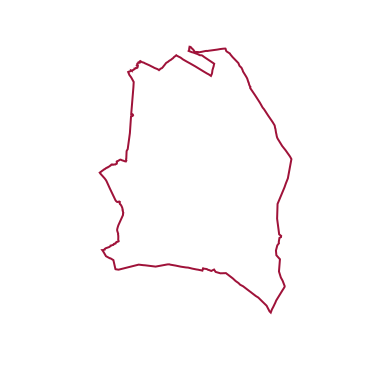 the district of Flå nor, Buskerud, Norway, rotated 249°
{"feature_id": "86288312B73826406337019", "entity_name": "Flå nor", "entity_type": "district", "adm_level": 2, "iso_a3": "NOR", "parent_name": "Norway", "parent_adm1": "Buskerud", "projection": "albers", "projection_center": [9.702, 60.434], "detail": "fine", "context": "isolated", "style": "outline", "palette": "rose", "viewbox_px": 384, "rotation_deg": 249, "n_neighbors": 0, "source": "geoboundaries", "source_scale": "gbopen_adm2", "svg_char_len": 5715}
<svg xmlns="http://www.w3.org/2000/svg" viewBox="0 0 384 384"><g transform="rotate(249 192 192)"><path d="M169.9,87.4L168.4,87.8L162.9,88.7L159.6,91.5L159.3,92.1L156.6,94.2L147.6,92.9L147.4,92.9L147.2,93.1L145.8,95.6L143.3,116.2L141.1,120.4L140.4,121.9L135.4,131.3L133.2,143.1L132.6,144.9L132.0,145.6L129.2,150.3L126.3,154.8L123.8,159.2L122.8,161.3L121.5,163.2L121.3,163.5L120.5,164.6L118.1,168.4L117.2,170.0L116.5,171.0L116.0,171.9L114.9,173.5L116.6,174.8L116.3,175.1L116.5,175.3L116.2,175.6L115.1,177.6L114.6,178.3L113.6,179.1L113.3,179.5L113.0,180.0L111.4,181.7L111.7,184.8L109.0,185.4L108.7,185.7L105.9,189.4L104.1,194.6L96.6,199.2L93.3,200.8L90.3,202.8L88.2,203.7L85.7,205.9L72.0,214.3L69.8,216.0L59.1,220.9L52.8,221.6L51.2,222.3L53.7,224.5L55.6,226.7L58.9,230.2L60.5,231.7L67.7,241.1L68.8,242.6L70.2,244.4L70.9,244.8L76.6,244.8L80.4,244.3L86.6,244.7L97.7,250.0L102.7,248.1L107.3,249.4L111.6,252.5L113.0,254.8L114.1,255.0L117.8,257.2L118.0,258.9L119.1,259.5L121.2,258.2L136.6,261.9L150.2,267.6L163.3,280.1L166.5,282.8L170.4,286.4L187.1,296.6L190.0,296.2L197.5,294.3L202.5,292.7L211.0,291.1L212.4,291.0L214.3,291.2L215.1,291.4L217.3,291.7L221.0,292.5L221.7,292.5L224.5,293.0L228.0,292.4L236.0,290.5L243.5,288.9L245.5,288.2L251.0,287.4L260.0,285.5L268.1,283.6L268.5,283.6L269.2,284.2L270.2,283.9L271.1,283.9L271.4,283.8L273.0,284.0L273.8,284.1L274.0,284.0L274.3,284.1L274.5,284.0L278.2,284.2L280.4,283.9L286.2,282.8L287.8,282.9L290.3,282.7L291.4,282.2L292.6,281.6L294.1,281.5L295.7,281.5L303.5,278.2L306.8,277.1L307.7,277.0L310.5,274.9L311.3,274.5L312.5,274.5L313.2,274.7L313.9,274.6L314.5,272.9L314.9,271.3L315.3,269.7L315.9,266.6L317.5,259.8L317.7,259.1L318.2,256.7L318.3,256.5L318.4,256.4L318.5,256.2L318.8,255.1L319.5,250.7L319.9,248.7L320.4,248.0L320.8,247.1L321.2,246.2L321.2,245.8L321.2,245.7L321.5,245.2L322.7,244.5L323.3,244.5L324.9,244.0L325.1,243.8L326.5,243.2L327.5,242.9L328.3,242.2L328.5,241.8L327.6,241.4L327.3,240.9L326.5,240.8L325.9,240.3L325.5,240.2L325.3,239.7L324.9,239.4L322.4,242.2L321.9,243.0L319.8,245.4L318.7,246.7L317.0,248.2L316.5,249.2L316.2,249.9L315.8,250.4L313.6,251.8L303.8,258.7L302.4,257.7L301.8,257.4L298.5,254.8L295.9,253.4L294.9,252.6L293.6,251.3L295.9,249.7L297.0,248.7L299.5,246.7L308.2,240.0L312.6,236.4L315.8,233.7L319.0,231.1L321.4,229.6L321.9,229.2L323.3,227.9L324.7,226.7L324.8,226.6L325.3,226.3L324.9,225.5L324.8,224.9L324.4,223.5L323.7,222.2L323.5,221.3L322.9,219.4L322.8,218.5L322.7,217.9L322.1,216.1L322.0,215.3L321.7,214.0L320.1,211.4L319.8,210.8L319.2,209.9L318.5,208.5L318.4,208.0L318.4,207.4L318.4,207.1L318.3,206.6L318.0,206.0L317.6,204.9L318.0,204.7L319.3,203.6L321.3,201.4L322.4,200.5L323.9,199.1L325.6,197.6L329.2,194.0L330.1,193.3L330.5,192.7L331.1,191.9L332.8,190.6L332.7,190.3L332.4,190.3L332.3,190.5L332.0,190.4L331.8,190.1L332.0,190.1L331.9,189.9L331.8,189.4L332.1,189.1L332.0,188.9L332.1,188.7L331.8,188.6L331.8,188.4L331.8,187.9L331.7,187.7L331.6,187.4L331.4,187.3L331.4,187.1L331.2,187.0L331.0,186.9L331.0,186.7L330.4,186.5L330.2,186.2L330.0,185.8L329.6,185.9L329.6,186.2L329.3,186.3L329.2,186.6L328.9,186.4L328.5,186.3L328.3,186.2L328.3,185.9L328.1,185.7L327.8,185.5L327.6,185.4L327.6,185.1L327.6,184.8L327.6,184.7L327.7,184.3L327.7,184.1L327.8,184.0L327.7,183.9L327.8,183.6L327.7,183.3L327.6,182.9L327.7,182.7L327.4,182.6L327.3,182.4L327.3,182.2L327.3,181.8L327.1,181.4L326.9,180.2L326.9,179.9L327.0,179.8L327.0,179.7L327.0,179.4L326.9,179.3L327.0,179.2L326.9,179.0L327.0,178.9L326.9,178.9L327.0,178.8L326.9,178.6L327.0,178.3L326.9,177.4L326.9,177.2L327.0,176.5L326.9,176.3L326.9,176.2L326.7,176.0L326.8,175.9L326.9,175.6L326.9,175.4L326.7,175.4L323.6,175.5L320.8,176.3L315.6,177.0L310.7,174.8L286.6,163.2L286.2,164.1L285.5,164.5L285.2,164.5L284.8,164.5L284.6,164.1L284.3,163.8L284.3,163.4L284.6,163.2L284.3,162.9L284.3,162.6L284.5,162.2L269.2,155.1L255.0,147.3L254.1,146.1L253.6,145.6L246.7,142.6L246.6,142.4L245.6,142.0L244.9,142.0L244.2,141.2L244.9,140.1L245.7,139.3L246.3,138.5L247.0,137.7L247.7,137.1L247.9,136.6L247.9,136.4L247.8,135.5L247.7,135.2L247.5,134.0L247.6,133.2L247.4,132.6L246.9,132.4L246.5,132.5L246.1,132.4L245.4,131.9L245.3,131.5L245.3,131.1L245.4,130.6L245.2,130.3L245.2,130.0L245.4,129.8L245.7,128.9L245.7,128.5L245.7,128.1L245.7,127.9L246.3,127.5L246.4,127.1L246.5,126.8L246.5,126.6L246.4,126.3L246.0,125.9L245.9,125.3L245.9,124.9L245.6,124.5L245.4,123.0L245.2,122.4L245.3,122.1L245.1,121.8L245.1,121.6L245.2,121.3L245.2,120.7L245.0,120.3L245.0,120.0L244.9,119.7L244.8,119.3L244.7,119.1L244.6,118.8L244.6,118.7L244.7,118.4L244.6,118.2L244.5,117.8L243.9,115.5L243.5,114.3L243.5,113.9L243.3,113.6L243.1,112.8L241.9,113.1L236.1,115.3L234.0,115.9L232.6,116.1L224.4,116.6L211.8,117.6L210.9,117.8L209.7,118.4L209.4,118.8L209.3,119.2L209.3,119.4L209.3,119.9L209.2,120.3L209.1,120.8L208.5,121.1L208.1,120.7L207.8,120.5L207.1,120.4L206.5,120.6L206.4,120.5L205.3,121.0L203.7,121.2L202.2,121.2L201.6,121.2L200.9,120.9L200.3,121.0L199.8,120.9L199.6,120.6L199.4,120.5L198.7,120.6L198.0,120.4L197.1,120.4L196.8,120.0L196.1,119.6L195.8,119.6L195.2,119.3L187.3,111.3L185.7,110.0L184.0,108.8L183.3,108.5L182.7,108.3L179.4,108.1L178.8,107.7L177.5,107.5L177.2,107.3L176.7,107.2L173.8,106.0L172.9,106.0L172.3,105.9L172.2,105.7L172.3,105.4L172.2,104.6L172.4,103.9L172.4,103.6L172.1,103.4L172.1,103.1L172.0,102.8L171.9,102.6L171.5,102.4L171.3,102.2L171.3,101.8L171.4,101.5L171.5,101.2L171.3,100.8L171.3,100.7L171.5,100.4L171.4,100.2L171.0,99.9L170.9,99.6L170.8,99.4L171.0,98.7L171.0,98.3L170.9,97.7L171.0,97.3L171.1,96.9L170.8,96.8L170.7,96.6L170.6,96.0L170.4,95.5L170.3,95.0L170.4,91.5L170.2,90.4L170.1,90.2L169.6,90.0L169.5,89.9L169.7,89.4L169.6,88.8L169.7,88.1L169.8,87.7L169.9,87.4Z" fill="none" stroke="#9f1239" stroke-width="2"/></g></svg>